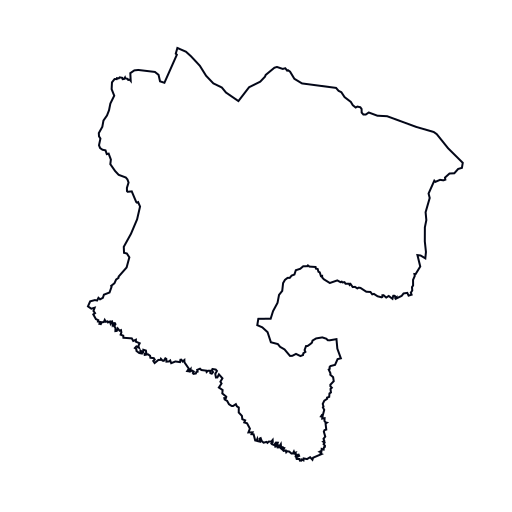 Thung Fon, Udon Thani, Thailand (Mercator projection), rotated 103°
{"feature_id": "78962969B54010161704756", "entity_name": "Thung Fon", "entity_type": "district", "adm_level": 2, "iso_a3": "THA", "parent_name": "Thailand", "parent_adm1": "Udon Thani", "projection": "mercator", "projection_center": [103.239, 17.504], "detail": "fine", "context": "isolated", "style": "outline", "palette": "ink", "viewbox_px": 512, "rotation_deg": 103, "n_neighbors": 0, "source": "geoboundaries", "source_scale": "gbopen_adm2", "svg_char_len": 6092}
<svg xmlns="http://www.w3.org/2000/svg" viewBox="0 0 512 512"><g transform="rotate(103 256 256)"><path d="M118.7,75.5L107.8,93.1L96.6,107.3L95.2,110.7L94.2,128.9L90.3,159.7L92.0,169.3L90.8,178.4L93.5,180.9L94.0,183.2L92.5,185.3L89.0,186.2L87.6,187.8L87.6,190.8L88.9,192.3L87.3,195.6L84.5,198.3L81.3,205.4L77.2,209.7L76.5,212.7L74.2,215.8L77.5,250.0L74.7,258.5L68.7,264.3L67.8,266.6L68.4,267.3L66.5,269.7L67.7,272.0L67.1,278.1L68.4,280.4L77.4,287.3L79.3,287.6L85.2,291.1L93.1,300.7L109.0,308.0L103.5,322.0L99.5,327.2L97.4,336.4L91.6,345.2L83.3,353.5L76.0,364.3L72.7,370.2L71.0,379.4L76.9,379.7L77.7,378.4L107.8,384.2L107.4,388.8L101.4,391.7L99.4,395.9L101.2,412.5L102.5,416.3L106.1,419.6L113.5,417.5L112.6,418.7L113.2,420.1L112.3,421.0L112.3,423.3L111.5,423.8L113.2,424.4L113.7,425.7L112.5,426.4L112.6,429.0L113.8,429.7L114.0,431.5L115.0,431.5L115.4,433.6L119.2,435.4L125.9,434.2L131.7,430.2L140.2,432.2L147.1,432.0L152.6,432.8L158.3,435.1L164.7,434.8L171.6,436.8L174.7,435.9L176.6,434.0L183.4,433.9L185.9,432.2L187.0,429.5L186.9,426.4L190.3,424.3L189.4,422.6L194.7,419.1L199.3,418.6L204.9,412.4L207.8,408.1L208.8,400.5L210.3,398.5L213.1,396.7L218.7,397.1L221.8,396.3L222.3,395.5L221.0,391.6L230.3,384.9L230.8,383.9L230.0,383.0L233.9,380.1L247.0,380.1L262.4,382.8L276.8,386.9L282.6,385.3L282.6,382.4L285.8,379.1L296.3,379.5L306.9,385.2L308.3,385.1L310.4,387.0L314.4,387.8L317.7,390.4L318.4,389.8L324.5,390.5L327.9,395.5L331.2,395.8L333.3,398.2L332.2,400.1L335.1,400.8L335.2,403.1L337.5,407.4L342.9,408.4L344.4,404.6L342.7,401.6L346.1,402.0L347.9,400.0L349.5,401.4L353.5,397.8L354.0,395.3L355.4,395.3L355.3,392.9L357.3,393.3L357.3,391.9L355.3,391.4L354.6,389.4L352.3,389.0L353.9,387.5L353.1,386.0L354.0,385.3L352.7,383.6L354.4,382.6L352.5,382.3L352.1,381.5L355.6,380.2L353.3,379.2L353.2,378.3L354.1,377.6L356.4,378.4L357.5,376.8L360.8,376.1L360.3,374.8L357.7,374.4L359.5,372.1L358.6,370.9L360.7,370.0L363.1,370.2L363.5,367.4L365.5,366.8L364.2,358.5L366.4,356.5L364.6,354.2L366.5,353.8L367.2,349.7L370.1,350.4L371.7,349.4L371.0,352.2L372.9,353.3L373.5,351.7L375.4,351.1L376.8,348.0L376.7,345.2L375.7,345.1L375.4,347.1L374.3,347.3L374.9,344.4L372.7,344.7L372.9,342.0L375.4,341.0L376.3,342.6L377.4,342.2L376.1,339.2L377.0,336.8L378.9,336.0L378.5,332.6L379.7,331.4L381.4,332.5L383.1,330.7L379.2,327.7L378.7,325.6L377.6,325.5L379.0,323.5L378.9,322.3L376.1,321.3L376.4,320.3L379.1,319.5L378.3,317.0L377.1,316.1L379.5,314.5L376.9,310.8L376.5,306.2L374.1,306.3L373.8,305.4L375.3,303.8L373.5,302.4L375.7,301.8L380.9,296.1L383.6,297.1L383.5,295.7L380.9,294.3L383.1,293.9L382.0,292.6L382.6,290.7L384.2,291.2L384.9,290.4L384.0,288.2L382.5,288.0L381.8,286.9L380.2,287.7L378.4,285.2L379.4,283.6L378.9,278.6L380.1,278.0L378.6,276.9L378.1,274.9L380.4,274.1L380.6,272.6L378.8,271.7L377.5,273.3L375.9,273.0L375.7,269.7L376.8,268.2L380.0,269.2L383.4,267.7L383.0,266.3L379.7,265.5L382.7,261.2L386.5,262.4L388.0,260.9L392.5,262.6L394.1,258.4L397.5,257.9L399.8,253.3L401.0,253.3L401.6,254.9L402.8,254.3L403.7,251.5L406.5,249.0L407.6,246.0L407.3,244.6L404.9,242.3L406.8,240.8L407.5,238.7L412.4,237.6L414.9,233.8L418.1,232.6L418.6,229.6L420.8,230.0L421.0,227.1L425.6,223.1L429.6,223.7L428.6,219.7L430.6,220.2L430.3,218.2L435.9,215.3L435.9,213.9L434.1,213.6L436.0,212.8L436.0,210.3L433.1,211.4L432.4,210.5L434.9,208.9L436.2,206.6L434.8,204.0L435.5,202.8L434.0,201.9L433.3,199.3L431.5,198.4L433.5,197.8L435.3,198.8L435.8,198.0L436.1,195.9L433.3,194.6L433.0,192.8L434.8,193.1L436.3,194.6L437.4,194.3L437.0,193.1L435.5,192.5L435.4,190.0L433.8,189.5L435.3,189.0L436.5,191.1L437.5,191.3L436.5,187.8L437.9,188.3L438.4,187.3L436.7,186.8L436.8,185.3L439.1,186.0L439.7,185.2L438.8,183.3L440.4,182.4L439.2,181.7L439.1,179.6L440.5,177.0L440.1,175.6L438.0,175.1L439.2,174.3L438.7,173.3L440.0,173.7L440.1,172.3L441.6,172.3L440.0,169.8L441.1,169.0L443.2,171.5L444.6,170.7L444.0,167.9L445.5,167.2L445.2,165.8L443.9,165.5L444.4,163.8L442.5,164.0L442.4,160.6L439.9,158.0L441.8,155.2L439.7,155.0L434.2,147.5L433.9,148.6L432.7,148.3L432.4,149.9L431.0,148.3L429.2,148.6L429.4,146.6L427.1,146.8L426.6,146.0L425.4,146.1L424.1,147.8L422.5,147.2L421.8,148.8L420.9,147.8L418.9,149.1L416.4,147.9L411.9,150.4L410.3,150.1L409.3,148.5L403.7,150.5L402.5,149.5L402.5,150.8L401.3,152.2L398.6,152.7L399.5,154.9L397.7,155.0L397.7,156.6L396.1,156.0L396.2,155.1L390.6,154.9L388.4,156.8L387.5,156.4L385.1,157.7L381.6,156.9L379.2,154.6L378.0,154.9L376.8,153.0L373.4,153.5L372.1,152.3L368.8,153.5L367.3,152.5L366.2,154.2L364.7,154.6L360.5,152.1L356.7,153.6L355.0,156.9L353.5,157.1L350.3,159.6L349.4,158.8L347.7,159.3L346.5,158.7L344.3,154.5L338.1,153.3L336.6,150.3L328.0,155.9L318.9,158.9L321.6,165.3L321.9,167.2L320.8,168.8L320.4,173.1L322.8,178.9L325.7,181.9L327.8,182.0L329.4,183.1L332.1,185.5L332.5,187.0L336.7,187.5L338.3,186.3L340.1,188.0L341.9,187.9L343.5,190.2L342.4,195.0L345.1,198.2L345.7,200.4L340.6,207.2L339.1,212.1L336.9,214.9L336.7,222.1L327.6,227.6L324.1,233.8L323.1,239.2L316.7,239.6L313.8,227.6L305.9,227.0L296.8,224.5L288.7,224.8L284.1,222.6L276.3,223.5L272.7,222.4L270.2,220.3L269.7,218.2L267.1,216.9L265.4,214.4L260.9,214.0L258.5,210.0L255.4,207.7L254.4,203.7L253.5,203.3L254.3,201.6L253.3,195.5L254.8,194.8L254.8,193.0L257.3,191.6L257.6,190.2L261.0,188.2L260.5,187.1L262.0,186.7L263.4,184.7L265.7,178.0L261.5,171.3L262.5,167.7L261.7,166.7L262.3,165.8L261.6,163.9L262.9,162.5L262.1,159.1L263.1,158.3L262.0,157.6L264.5,154.8L263.8,152.6L264.8,150.0L263.7,148.8L263.6,147.0L266.0,140.5L265.3,136.4L267.2,134.1L266.4,132.6L267.9,128.5L268.0,124.3L267.5,123.7L265.8,124.0L265.5,122.9L267.2,119.8L265.1,117.7L267.0,113.4L263.9,113.3L263.6,112.5L263.9,111.4L265.4,110.9L264.5,109.9L265.9,109.8L262.1,105.1L259.3,103.8L257.9,100.3L260.3,98.4L258.7,95.7L256.9,96.9L254.5,96.0L251.2,97.0L249.4,96.3L243.9,97.6L239.7,96.8L237.9,97.6L237.7,96.4L229.3,93.6L218.8,98.9L218.5,95.7L220.2,90.5L213.9,91.3L203.8,94.8L190.1,97.9L182.7,98.1L175.2,100.6L160.4,99.8L156.3,101.9L142.5,99.2L143.4,97.9L140.4,93.8L140.1,90.4L139.0,88.7L137.1,89.5L132.1,86.0L130.8,81.4L125.7,78.6L123.8,75.2L118.7,75.5Z" fill="none" stroke="#020617" stroke-width="2"/></g></svg>